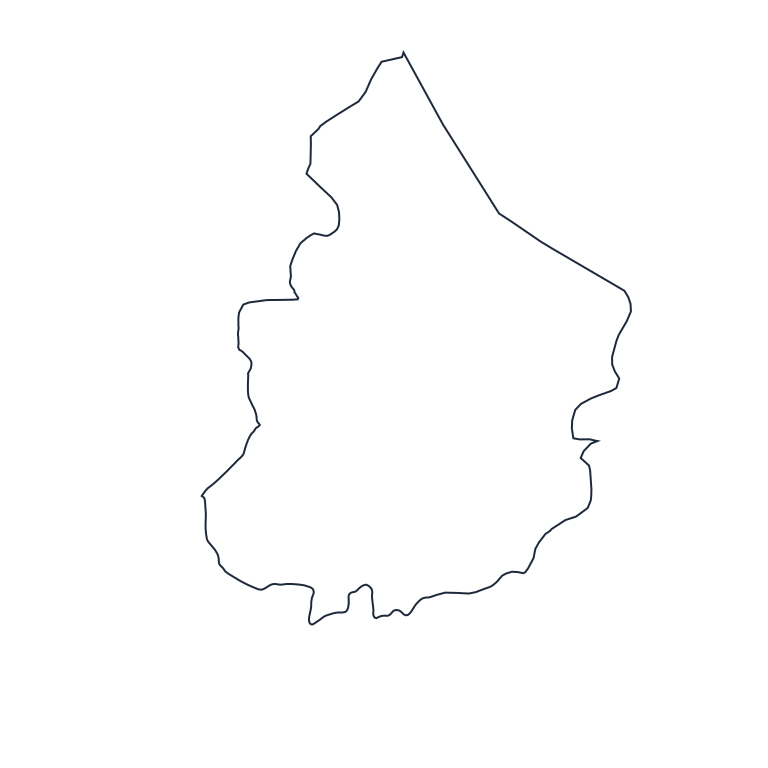 Lhamoizingkha, Geylegphug, Bhutan (Robinson projection), rotated 226°
{"feature_id": "84629894B38821780913292", "entity_name": "Lhamoizingkha", "entity_type": "district", "adm_level": 2, "iso_a3": "BTN", "parent_name": "Bhutan", "parent_adm1": "Geylegphug", "projection": "robinson", "projection_center": [89.795, 26.759], "detail": "fine", "context": "isolated", "style": "outline", "palette": "slate", "viewbox_px": 768, "rotation_deg": 226, "n_neighbors": 0, "source": "geoboundaries", "source_scale": "gbopen_adm2", "svg_char_len": 6166}
<svg xmlns="http://www.w3.org/2000/svg" viewBox="0 0 768 768"><g transform="rotate(226 384 384)"><path d="M150.5,354.8L151.3,359.6L154.9,370.7L160.2,378.2L162.4,385.3L163.4,392.1L164.0,395.8L163.0,401.4L163.2,404.0L160.1,420.0L155.2,430.1L153.3,444.4L156.7,452.0L159.9,455.7L164.1,460.0L171.0,465.8L178.7,472.3L182.9,474.8L194.2,474.1L197.0,481.1L197.4,491.4L194.7,497.9L196.7,496.5L201.4,493.5L208.2,486.3L213.4,482.5L221.6,488.3L227.1,494.1L232.5,503.5L232.9,511.7L229.8,522.9L226.6,530.7L221.2,542.6L219.7,548.4L224.5,557.0L232.6,558.8L239.4,561.6L245.0,566.8L253.8,581.6L256.3,587.1L260.6,602.4L264.7,612.1L270.4,617.0L276.9,620.1L284.1,621.7L364.9,599.0L377.4,595.7L412.4,588.5L426.7,585.2L529.8,606.7L608.9,628.3L606.6,624.1L617.5,606.1L615.7,598.6L612.0,586.1L606.9,573.7L604.9,562.0L607.5,550.6L610.1,538.4L612.8,524.9L613.8,517.3L613.0,514.1L613.1,503.4L607.1,497.8L596.5,487.1L593.5,484.0L591.6,479.2L589.1,474.3L570.3,475.0L554.9,475.8L545.4,474.7L539.0,471.1L533.6,466.4L529.5,461.7L527.9,457.6L528.0,454.1L528.6,450.6L529.0,448.3L530.1,445.9L532.9,443.6L536.2,441.6L537.2,440.8L540.9,438.3L541.8,435.2L542.9,429.2L542.9,426.9L543.2,424.0L543.2,421.6L543.0,420.2L542.4,418.7L542.0,417.4L541.7,415.8L540.9,413.5L540.6,412.1L539.8,410.9L539.3,409.4L538.6,408.0L538.0,406.5L537.4,405.1L536.7,403.7L536.0,402.3L535.3,401.0L534.6,399.6L533.8,398.3L532.6,397.3L531.4,396.3L530.3,395.3L529.1,394.3L527.9,393.4L526.8,392.4L525.7,391.3L524.8,390.1L524.0,388.7L523.0,387.4L521.8,386.4L520.5,385.7L519.1,385.3L517.6,384.9L516.1,384.8L514.6,384.8L513.3,384.3L512.1,383.3L510.7,383.1L509.2,382.9L507.8,382.4L505.5,382.2L504.8,380.7L506.4,379.0L507.4,377.6L517.0,367.3L525.8,358.0L530.4,351.7L536.3,343.7L538.9,337.9L536.1,329.4L535.2,328.3L534.1,326.9L533.1,325.6L531.9,324.4L530.7,323.2L529.5,322.1L528.3,321.0L527.1,319.8L525.8,318.8L524.6,317.6L523.6,316.2L522.5,314.9L521.4,313.7L520.1,312.6L518.8,311.6L517.6,310.5L516.3,309.4L515.0,308.3L513.8,307.1L512.7,305.7L511.5,304.5L508.8,303.7L507.2,304.4L504.9,304.7L501.5,304.7L497.7,304.8L495.0,304.8L492.3,304.0L490.3,302.5L487.7,298.9L486.1,293.5L484.8,292.6L483.6,291.4L482.5,290.2L481.3,289.0L480.2,287.8L479.0,286.6L477.8,285.4L476.6,284.2L475.4,283.1L474.2,281.9L472.9,280.8L471.6,279.7L470.3,278.7L469.0,277.8L467.5,277.1L465.9,276.5L464.4,276.0L462.8,275.5L461.3,274.9L459.7,274.4L458.1,274.0L456.5,273.5L455.0,272.9L453.5,272.2L452.0,271.4L450.5,270.6L449.2,269.7L448.0,268.7L446.5,267.5L445.3,266.9L443.9,266.5L442.2,266.5L440.8,266.2L440.7,263.6L441.2,261.9L441.1,260.4L440.5,258.3L440.3,256.2L440.3,254.7L440.1,253.3L439.7,251.6L439.2,249.9L438.6,248.4L438.0,246.8L437.2,245.3L436.5,243.7L435.7,242.2L434.9,240.7L434.1,239.2L433.2,237.7L432.3,236.3L431.5,234.8L431.0,233.2L430.8,231.6L430.7,229.8L430.8,228.1L430.8,226.4L430.8,224.6L430.6,219.5L430.6,217.8L430.5,214.4L430.4,210.9L430.4,207.5L430.4,205.8L430.4,204.1L430.4,200.6L430.4,198.9L430.5,197.2L430.5,195.5L430.6,193.8L430.7,192.1L430.8,190.4L431.0,188.7L431.2,187.0L431.4,185.3L431.4,183.5L431.3,181.8L431.0,180.1L430.7,178.5L430.4,176.8L430.1,175.1L428.5,175.4L426.9,175.5L425.4,174.8L424.1,173.8L422.8,172.8L421.5,171.7L420.2,170.6L419.0,169.5L417.7,168.5L416.4,167.4L415.1,166.3L413.9,165.2L412.7,164.0L411.5,162.8L410.4,161.6L409.2,160.4L408.0,159.2L406.9,158.0L405.7,156.9L404.4,155.7L403.2,154.6L401.9,153.6L400.6,152.5L399.3,151.5L397.9,150.6L396.6,149.6L395.1,148.8L393.6,148.2L392.0,147.9L390.4,147.8L388.7,147.7L387.1,147.6L385.5,147.5L383.9,147.4L382.2,147.2L380.6,146.9L379.0,146.5L377.5,146.1L375.9,145.5L374.5,144.6L373.1,143.7L371.9,142.6L370.6,141.5L369.2,140.6L367.7,140.2L366.0,140.2L364.4,140.3L362.8,140.2L361.2,139.9L359.5,139.7L357.9,139.8L356.3,140.1L354.7,140.5L353.1,140.9L351.6,141.3L350.0,141.7L348.4,142.1L346.8,142.6L345.2,143.0L343.6,143.4L342.0,143.9L340.5,144.3L338.9,144.9L337.4,145.4L335.8,145.9L334.3,146.5L332.7,147.1L331.2,147.7L329.7,148.3L328.2,149.0L326.7,149.6L325.2,150.3L323.7,151.0L322.3,151.9L321.1,153.1L320.3,154.6L319.8,156.2L319.4,157.9L319.1,159.5L318.7,161.2L318.3,162.9L317.6,164.4L316.7,165.8L315.5,167.0L314.2,168.0L312.9,169.0L311.6,170.1L310.5,171.4L309.5,172.7L308.5,174.1L307.4,175.4L306.3,176.6L305.1,177.8L303.9,179.0L302.7,180.1L301.4,181.2L300.2,182.3L298.9,183.4L297.6,184.4L296.3,185.5L295.0,186.5L293.6,187.3L292.1,188.1L290.7,188.9L289.2,189.7L287.7,190.2L286.1,190.3L284.5,189.9L283.1,188.9L282.1,187.6L281.4,186.0L280.7,184.5L279.8,183.1L278.9,181.7L277.8,180.4L276.7,179.2L275.5,178.0L274.3,176.8L273.3,175.5L272.3,174.1L271.4,172.7L270.4,171.3L269.5,169.9L268.5,168.5L267.4,167.2L266.3,166.0L264.9,165.1L263.4,164.4L261.8,164.6L260.6,165.7L260.2,167.3L259.9,169.0L259.3,172.4L259.0,174.1L258.8,175.8L258.6,177.5L258.4,179.2L257.9,180.8L257.2,182.4L256.5,183.9L255.7,185.4L255.0,186.9L254.2,188.4L253.3,189.9L252.3,191.2L251.3,192.6L250.1,193.7L248.9,194.9L247.9,196.2L247.0,197.7L246.8,199.4L247.1,201.0L247.9,202.5L248.8,203.9L249.9,205.2L251.0,206.5L252.2,207.7L253.4,208.8L254.7,209.9L255.9,211.1L256.8,212.4L257.0,214.1L256.6,215.7L255.8,217.2L254.8,218.5L254.4,219.8L254.3,221.5L254.3,223.3L254.3,225.0L254.1,226.7L253.8,228.4L253.2,229.9L252.0,231.8L250.5,232.4L248.9,232.8L247.3,232.9L245.6,232.8L244.1,232.2L242.7,231.2L241.5,230.1L240.5,228.7L239.3,227.6L238.0,226.5L236.7,225.5L235.4,224.5L234.1,223.5L232.8,222.5L231.4,221.5L230.1,220.5L228.8,219.4L227.6,218.2L226.5,216.9L225.2,215.9L223.7,215.2L222.1,215.1L220.8,216.0L220.3,217.7L219.7,219.3L219.0,220.8L218.0,222.2L217.0,223.5L215.7,224.6L214.6,225.9L214.0,227.5L214.0,229.2L214.1,230.9L214.3,232.6L213.9,234.3L213.0,235.7L211.7,236.8L210.3,237.7L208.7,238.0L207.1,238.1L205.4,238.1L203.8,238.4L202.4,239.1L201.4,240.5L201.1,242.2L201.2,243.9L201.4,245.6L201.8,247.3L202.2,248.9L202.6,250.6L203.0,252.2L203.3,253.9L203.4,255.6L203.5,257.3L203.5,259.1L203.4,260.8L203.1,262.5L202.4,264.0L201.5,265.5L200.4,266.8L199.3,268.0L198.5,269.5L197.7,271.0L197.0,272.6L196.3,274.1L195.6,275.6L191.4,283.1L183.3,291.1L174.4,299.4L170.5,305.5L167.4,312.8L164.2,319.8L163.5,323.4L163.3,327.8L164.0,335.9L162.9,340.1L160.0,345.7L155.9,349.5L151.2,352.7L150.5,354.8Z" fill="none" stroke="#1e293b" stroke-width="2"/></g></svg>